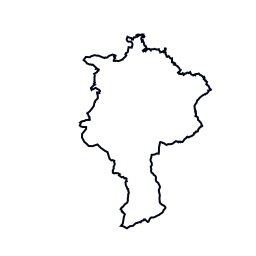 Trim Lea-6, Meath, Ireland (Albers equal-area conic projection), rotated 300°
{"feature_id": "5873133B65979893592853", "entity_name": "Trim Lea-6", "entity_type": "district", "adm_level": 2, "iso_a3": "IRL", "parent_name": "Ireland", "parent_adm1": "Meath", "projection": "albers", "projection_center": [-6.857, 53.512], "detail": "fine", "context": "isolated", "style": "outline", "palette": "ink", "viewbox_px": 256, "rotation_deg": 300, "n_neighbors": 0, "source": "geoboundaries", "source_scale": "gbopen_adm2", "svg_char_len": 5861}
<svg xmlns="http://www.w3.org/2000/svg" viewBox="0 0 256 256"><g transform="rotate(300 128 128)"><path d="M216.3,93.9L216.0,93.3L215.6,93.3L214.8,92.4L214.8,92.0L213.4,90.7L214.1,90.3L213.5,89.4L212.4,88.9L211.8,89.6L213.0,90.4L212.7,90.9L211.5,90.3L211.2,89.6L210.2,89.0L209.5,87.9L209.1,88.1L207.9,87.7L207.1,88.1L206.9,87.8L206.5,87.1L207.6,86.3L206.9,83.5L206.8,82.0L204.3,82.4L203.2,83.5L202.9,84.8L202.9,85.3L204.0,86.9L204.2,87.9L204.0,88.6L203.0,89.8L202.0,90.4L199.4,91.0L198.3,88.1L193.7,89.8L192.3,89.3L192.0,88.8L190.5,88.9L190.1,90.2L188.6,90.1L184.6,88.8L184.5,89.0L181.5,86.6L181.0,85.9L180.6,84.5L179.5,83.2L179.0,82.1L179.5,81.8L180.3,81.9L181.2,81.6L182.1,81.9L182.2,81.6L182.1,81.2L182.8,80.2L184.3,81.1L184.5,80.3L183.8,77.8L180.8,75.4L178.7,74.8L177.9,73.9L177.7,73.0L176.8,72.6L175.8,65.9L175.2,65.2L174.7,63.5L174.0,62.2L171.2,59.9L170.2,59.6L168.5,56.0L164.6,55.6L164.4,57.4L164.0,58.9L163.4,60.1L163.8,63.0L164.4,63.7L164.5,65.0L165.3,65.8L164.1,70.8L163.8,70.6L163.2,70.7L163.8,71.4L163.5,73.4L164.0,73.3L164.0,73.5L163.0,73.8L161.7,73.0L160.7,73.2L158.0,71.6L157.4,72.5L156.7,73.1L155.1,73.6L151.5,75.8L151.3,75.7L150.8,76.6L149.3,76.3L149.1,77.7L147.7,76.9L144.0,75.9L142.8,77.4L143.8,77.7L144.3,78.5L146.6,79.9L146.5,81.3L146.6,83.6L146.2,85.1L145.8,85.4L145.0,85.1L144.2,85.3L143.9,85.6L143.7,85.1L143.7,83.9L143.3,83.4L142.2,84.2L141.3,85.4L138.6,87.0L134.8,86.0L134.3,86.1L133.8,86.6L133.0,86.3L129.9,87.4L123.4,86.6L120.4,85.3L119.7,86.8L118.3,88.4L118.1,89.4L117.1,89.6L116.5,90.0L116.4,90.6L115.9,90.8L113.9,87.6L112.1,86.6L111.6,85.6L110.3,84.7L110.3,84.4L108.8,83.9L108.8,84.6L106.0,85.1L105.8,86.5L106.0,86.9L106.0,87.7L107.9,91.3L106.2,92.2L99.9,91.2L96.8,92.9L94.1,97.2L93.7,99.8L92.8,102.9L94.5,106.3L98.5,109.8L97.2,114.2L96.7,119.8L96.9,122.3L92.1,127.4L91.6,129.9L92.3,130.5L92.7,131.5L92.7,132.6L91.8,132.8L90.2,134.5L88.7,134.9L87.4,134.8L85.8,135.9L83.1,136.2L82.3,137.1L81.6,137.3L81.7,138.7L82.5,139.3L83.9,142.2L83.9,144.0L82.5,143.8L82.2,146.6L82.2,147.3L83.3,148.3L82.6,150.0L83.4,150.9L83.5,152.0L81.8,152.7L81.3,153.5L80.8,152.9L79.7,153.0L77.3,154.8L76.8,155.4L76.3,156.5L75.4,157.4L75.1,157.9L75.2,158.3L74.8,158.3L74.3,159.5L73.5,159.8L72.6,160.9L71.5,161.4L71.2,161.2L70.3,161.5L68.2,162.7L67.0,162.9L65.5,164.0L63.4,164.6L62.0,164.3L61.0,163.6L56.5,162.8L56.0,162.2L54.2,162.3L54.3,162.5L54.0,162.8L53.6,163.7L52.8,164.1L52.7,165.3L52.3,165.3L52.1,167.6L51.7,168.4L48.9,168.9L42.6,171.3L39.7,170.8L40.5,173.0L40.6,177.2L43.8,178.7L46.0,181.4L48.6,182.0L49.7,182.6L50.6,183.7L51.1,183.9L52.6,185.4L52.5,185.9L52.8,186.2L54.3,186.2L55.9,187.7L56.7,187.5L57.4,188.3L57.1,189.0L57.1,189.3L56.5,192.0L57.2,192.6L60.7,192.3L62.2,192.9L63.3,194.9L64.3,195.7L67.5,197.7L68.4,198.5L69.8,198.9L71.8,200.1L74.9,200.0L77.3,200.4L78.1,200.0L78.8,198.0L78.5,196.3L78.9,194.0L79.3,192.9L83.0,190.3L85.5,189.3L89.4,185.8L92.2,185.4L93.3,184.9L95.6,181.5L95.8,179.6L96.2,178.8L96.9,178.0L98.9,177.1L99.8,176.4L100.3,175.0L100.3,173.6L101.1,172.4L101.2,170.6L101.7,170.0L102.9,169.1L104.0,168.8L105.9,167.0L107.7,167.2L109.0,166.5L109.7,165.8L110.9,164.0L111.8,163.3L113.9,162.9L116.6,161.9L118.2,164.2L120.5,165.8L121.0,167.4L122.2,167.0L126.8,164.5L131.8,162.9L132.3,163.6L132.5,164.9L132.4,165.7L132.9,167.0L132.6,167.9L132.6,169.8L134.0,170.8L135.0,172.5L136.5,174.3L140.5,176.0L140.9,177.0L140.7,177.8L141.0,178.1L140.9,178.6L141.4,178.6L141.8,179.0L141.9,180.5L142.6,180.6L142.7,181.2L143.0,182.1L144.0,182.4L146.7,182.6L148.4,183.4L149.4,183.4L150.2,183.8L150.3,184.6L150.1,184.8L150.3,185.3L151.1,185.7L152.9,187.1L153.0,187.3L153.6,187.4L154.9,188.2L156.4,187.7L156.7,188.4L157.7,188.4L158.1,188.8L158.5,188.6L159.1,188.7L159.8,190.0L160.5,190.1L161.7,189.6L162.6,189.6L163.3,190.0L164.1,189.7L165.5,190.5L165.9,190.4L166.2,191.1L166.9,191.3L169.2,188.1L169.3,187.0L169.8,186.2L170.0,184.7L172.2,183.0L172.1,180.4L173.4,180.4L175.3,178.5L175.4,179.0L176.6,178.2L177.3,177.0L178.2,176.0L180.8,174.4L184.4,174.7L186.4,174.1L188.1,174.8L189.0,174.7L191.0,175.3L193.9,176.5L195.6,177.6L195.6,178.0L197.0,178.5L197.3,179.0L199.7,179.5L200.6,179.2L200.7,178.9L202.1,180.5L202.6,180.7L203.0,179.8L203.3,178.4L204.2,177.6L204.5,176.9L204.8,175.8L204.8,175.0L205.1,175.0L205.2,174.7L205.1,174.0L206.6,173.7L206.9,173.2L207.4,173.2L207.5,172.3L208.0,171.7L207.6,171.1L208.4,170.0L208.2,169.8L208.1,169.2L209.5,168.5L209.9,168.9L210.4,168.2L209.6,167.4L210.0,166.6L210.2,165.0L209.9,164.0L210.5,162.1L210.2,162.0L208.3,159.4L207.3,159.8L207.2,158.9L206.9,158.4L206.3,158.4L206.1,158.1L206.1,155.6L207.5,153.9L205.8,153.1L205.9,152.4L205.6,151.6L204.4,150.8L203.8,150.8L203.3,149.9L202.4,150.0L201.7,149.6L202.6,148.7L202.9,148.0L201.4,147.4L201.1,146.9L201.0,146.6L201.1,146.1L200.8,145.7L201.3,145.1L200.5,144.7L201.0,143.6L203.2,144.5L204.4,144.6L204.3,144.3L205.7,141.8L206.3,139.6L206.3,137.5L206.0,136.3L207.3,136.6L207.6,135.9L207.2,135.0L207.5,134.9L207.5,134.4L207.1,134.0L206.9,133.2L210.3,131.3L209.6,130.6L209.6,129.5L210.6,127.3L209.1,126.4L209.2,125.8L210.3,124.7L210.7,123.6L211.9,123.1L212.3,122.8L212.1,122.2L213.2,121.4L213.7,121.4L213.3,120.8L212.1,121.1L212.2,120.7L212.6,120.7L212.2,120.2L211.5,120.5L211.5,121.0L211.3,120.9L211.3,120.1L211.6,119.9L209.6,118.2L210.0,117.9L211.1,115.6L211.6,115.3L210.3,113.8L210.2,112.9L209.8,112.3L209.8,111.3L209.1,110.8L207.6,108.7L206.7,108.9L207.2,107.1L206.4,105.4L206.1,105.1L205.4,105.3L204.7,104.9L203.2,104.8L203.3,103.9L203.1,103.5L202.1,103.1L202.5,102.2L206.6,103.8L208.0,102.1L207.5,101.3L208.4,100.1L209.7,99.1L210.8,97.6L209.9,97.0L211.4,96.5L210.9,95.9L211.5,95.3L211.6,95.0L213.4,94.4L214.5,96.4L215.5,96.4L215.6,95.7L215.8,95.8L216.1,95.4L216.0,94.8L216.1,94.6L215.9,94.5L216.3,94.4L216.1,94.2L216.3,93.9ZM214.1,119.9L214.7,120.8L215.5,121.0L215.7,120.7L215.4,120.3L214.8,120.7L214.1,119.9Z" fill="none" stroke="#020617" stroke-width="2"/></g></svg>